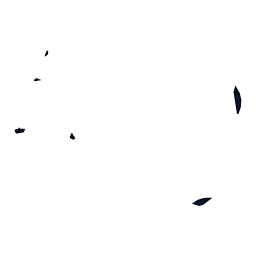 an SVG outline of Lhaviyani
{"feature_id": "MDV-5229", "entity_name": "Lhaviyani", "entity_type": "Atoll", "adm_level": 1, "iso_a3": "MDV", "parent_name": "Maldives", "parent_adm1": "", "projection": "natural_earth1", "projection_center": [73.476, 5.394], "detail": "coarse", "context": "isolated", "style": "filled", "palette": "ink", "viewbox_px": 256, "rotation_deg": 0, "n_neighbors": 0, "source": "natural_earth", "source_scale": "10m", "svg_char_len": 677}
<svg xmlns="http://www.w3.org/2000/svg" viewBox="0 0 256 256"><path d="M235.6,87.3L239.1,93.5L240.6,100.1L240.1,107.0L237.7,113.7L237.7,113.9L234.3,91.6L235.6,87.3ZM210.2,198.5L202.6,204.3L198.9,205.1L193.6,203.4L197.7,200.7L202.0,199.2L206.2,198.5L210.2,198.5ZM19.3,128.5L20.4,129.7L22.5,129.5L22.8,129.5L24.1,129.6L23.2,131.7L16.5,132.8L16.4,132.8L15.4,130.5L16.4,129.8L18.4,129.6L19.3,128.5ZM71.7,133.4L71.7,133.6L72.5,135.5L73.9,137.1L74.3,138.4L73.1,138.9L70.8,137.6L70.6,136.5L71.5,135.1L71.7,133.4ZM38.7,79.8L34.6,80.5L34.3,80.6L36.4,78.9L38.7,79.8ZM47.3,50.9L47.3,51.1L47.4,53.9L45.9,55.1L45.7,55.2L47.3,50.9Z" fill="#0f172a" stroke="#020617" stroke-width="1.5"/></svg>